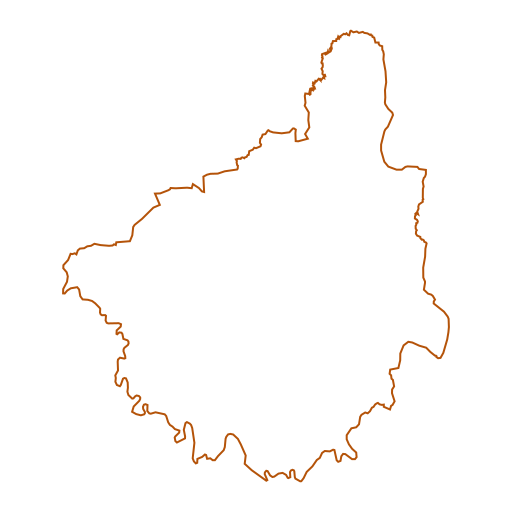 Tham Phannara, Nakhon Si Thammarat, Thailand (Natural Earth projection)
{"feature_id": "78962969B12652914635488", "entity_name": "Tham Phannara", "entity_type": "district", "adm_level": 2, "iso_a3": "THA", "parent_name": "Thailand", "parent_adm1": "Nakhon Si Thammarat", "projection": "natural_earth1", "projection_center": [99.386, 8.47], "detail": "fine", "context": "isolated", "style": "outline", "palette": "amber", "viewbox_px": 512, "rotation_deg": 0, "n_neighbors": 0, "source": "geoboundaries", "source_scale": "gbopen_adm2", "svg_char_len": 5989}
<svg xmlns="http://www.w3.org/2000/svg" viewBox="0 0 512 512"><path d="M362.8,31.9L358.9,32.9L356.8,31.5L353.4,32.3L350.9,30.7L350.3,31.1L349.2,35.3L347.9,35.0L346.5,33.3L345.2,34.3L343.8,33.8L340.4,36.3L340.4,37.0L339.5,36.8L339.3,38.0L338.2,36.5L337.7,38.1L338.2,38.8L336.3,39.2L336.2,41.0L332.9,41.1L332.4,43.3L331.5,43.7L331.4,46.5L330.4,48.0L331.7,48.0L331.8,48.7L331.3,49.6L330.1,50.0L330.9,50.8L330.6,51.4L328.6,52.6L328.0,51.3L327.5,53.4L325.5,54.5L325.2,54.1L326.1,52.7L322.1,54.1L321.9,55.2L322.5,56.2L322.0,57.6L322.8,58.2L321.4,62.5L321.7,63.3L322.6,63.4L322.8,65.7L322.6,67.2L321.5,68.7L322.7,71.2L322.4,73.9L323.4,75.0L324.9,74.8L325.3,76.3L323.9,76.5L324.2,78.2L323.1,77.6L321.2,80.1L320.0,78.8L319.6,79.0L319.9,79.9L318.7,78.8L316.4,81.5L315.4,80.9L314.7,83.2L313.1,82.5L312.9,83.6L313.6,84.5L312.9,85.6L313.9,86.4L313.1,87.9L314.6,87.6L314.9,88.5L314.2,88.5L313.7,89.6L312.8,89.3L312.8,90.1L312.2,89.7L311.6,90.2L311.1,88.4L310.2,88.7L309.4,92.3L310.5,92.3L310.5,94.2L309.8,94.7L309.2,94.0L305.3,93.5L304.8,96.0L305.5,102.8L304.7,105.7L308.8,112.5L308.3,120.1L309.3,127.4L305.1,134.0L307.8,138.7L298.2,141.3L295.7,141.1L295.4,133.1L295.8,129.6L293.9,128.4L292.9,128.5L289.4,132.3L281.7,133.3L273.1,132.4L269.6,131.2L268.5,130.2L267.8,130.5L265.4,134.1L262.6,134.6L261.7,137.3L260.2,139.0L259.9,142.8L261.1,144.6L260.5,146.3L256.0,148.2L254.2,147.7L252.8,149.7L249.2,151.2L248.7,154.9L247.6,155.1L246.6,156.9L244.9,157.4L244.4,158.2L242.6,157.4L241.4,157.7L240.7,158.9L238.8,158.7L235.9,159.4L236.9,161.0L236.6,162.4L237.2,165.2L237.9,165.7L237.7,168.6L237.1,169.5L224.7,171.3L217.8,173.6L210.5,173.8L207.0,174.7L203.4,176.6L204.1,192.0L201.9,191.4L199.0,188.1L192.9,184.1L191.7,188.2L187.1,187.7L175.6,188.3L170.6,188.0L170.0,189.3L168.2,190.3L160.2,193.4L155.0,193.6L159.8,204.9L153.4,207.6L142.0,218.9L134.6,224.9L133.2,227.0L132.3,235.3L129.9,241.2L116.3,242.3L115.8,245.0L114.0,244.3L112.6,245.5L109.1,245.8L100.6,245.1L94.4,243.8L91.0,245.8L87.3,246.3L84.2,248.2L79.9,248.6L77.8,250.4L76.4,254.4L74.8,253.3L72.4,254.1L70.6,253.8L68.1,260.0L63.4,265.2L63.3,268.3L66.7,272.3L67.8,276.4L67.0,281.8L63.2,289.0L63.1,293.4L64.7,293.5L67.3,290.5L70.8,288.3L77.2,287.2L79.1,289.5L80.3,296.2L82.6,299.4L88.0,299.8L92.1,301.0L95.2,303.3L99.6,307.8L100.2,308.8L100.0,312.6L100.7,314.4L101.9,315.2L105.2,315.1L106.0,315.8L105.6,320.5L106.7,322.8L108.2,323.4L118.7,323.2L121.0,324.2L120.7,326.6L116.7,330.4L116.5,333.9L117.2,334.3L119.3,332.4L121.5,332.7L122.4,334.0L123.4,338.9L127.5,340.3L128.4,341.5L128.6,343.4L127.9,345.0L124.4,347.8L123.6,349.3L123.5,351.3L125.2,356.1L125.3,358.2L124.3,358.6L120.0,357.7L118.0,359.5L117.7,361.6L118.0,370.5L115.3,375.4L115.8,378.0L115.4,381.8L116.9,385.0L119.9,386.2L120.8,385.0L123.0,378.7L124.4,378.0L126.0,378.4L127.7,382.5L127.9,387.8L127.4,391.7L128.4,395.0L132.2,398.6L133.4,398.4L135.2,396.3L136.6,395.5L138.9,396.0L140.2,397.4L140.2,398.9L139.3,400.8L133.7,406.5L132.1,411.8L136.2,414.1L140.9,415.3L144.2,414.3L144.9,413.2L144.9,412.0L143.2,409.0L143.0,406.8L143.9,404.7L145.5,404.2L147.5,405.0L147.3,411.0L149.3,413.4L150.8,413.7L155.5,412.3L164.7,414.3L166.2,416.0L168.2,422.3L169.9,424.9L172.5,426.6L174.9,429.1L179.4,430.6L179.2,432.6L175.2,436.5L174.7,437.6L175.4,441.1L176.9,442.5L185.0,438.4L185.1,436.4L183.8,429.8L185.5,423.1L186.9,422.1L189.8,423.6L191.1,425.0L192.2,428.0L194.4,442.8L192.7,458.3L193.9,461.4L195.8,463.4L197.2,462.8L197.4,458.9L202.2,456.9L204.9,454.5L206.1,455.0L207.1,458.8L210.3,458.3L212.7,460.2L214.9,460.2L218.0,456.1L223.7,450.2L224.8,447.1L225.6,438.7L226.3,436.8L228.1,434.4L230.4,433.9L233.2,434.5L237.9,438.9L240.8,444.4L245.7,455.5L244.7,463.8L251.7,470.2L266.3,480.7L267.3,480.1L264.7,474.1L264.9,472.4L266.3,470.8L267.6,471.1L270.1,475.4L272.4,477.0L274.3,476.6L278.5,473.6L282.6,472.9L286.1,474.9L287.7,477.8L288.3,478.1L290.3,477.2L290.0,472.1L290.9,470.5L292.4,469.8L293.8,470.3L294.3,471.3L294.8,477.0L295.4,478.6L300.2,481.3L301.3,481.2L303.6,478.2L306.7,471.9L312.4,466.4L316.8,460.0L319.8,457.9L322.1,452.9L324.8,451.0L329.8,451.4L333.1,449.7L334.4,450.0L336.7,460.3L338.2,461.8L340.5,460.9L341.3,456.3L343.1,453.9L345.3,454.1L352.0,459.1L355.0,459.1L356.6,457.1L356.2,452.5L352.1,448.8L348.9,444.3L346.7,439.3L346.7,435.2L351.4,428.3L356.2,427.3L359.0,424.3L360.2,416.8L361.5,414.8L365.2,412.5L367.7,413.3L370.0,411.2L371.9,407.7L373.5,406.9L375.2,404.4L376.9,403.3L377.9,402.9L379.5,404.3L381.8,404.9L383.8,404.6L383.8,406.8L390.0,409.5L391.1,405.8L392.5,405.0L394.6,401.3L392.0,393.2L392.1,389.5L394.1,386.4L392.9,379.9L391.5,378.7L391.1,375.3L389.6,373.8L390.2,369.6L398.4,368.0L400.2,360.3L400.3,353.5L403.6,345.4L408.3,341.8L412.3,342.5L419.3,345.7L426.2,347.7L430.3,351.9L435.0,355.7L435.9,355.7L436.5,356.2L436.4,357.0L438.1,358.2L440.5,357.9L443.3,352.9L447.2,339.5L448.4,332.3L448.9,327.1L448.6,318.8L447.7,316.6L444.0,311.7L433.7,303.5L433.8,301.4L435.0,299.6L432.8,295.9L431.2,294.6L428.1,293.7L423.9,289.7L425.0,282.9L425.0,281.5L423.3,277.6L423.2,267.6L425.1,256.7L425.4,248.7L426.6,243.4L426.1,242.6L424.3,241.8L423.8,240.3L422.6,239.5L421.8,239.7L420.4,238.2L420.3,236.9L417.1,235.6L415.9,233.7L416.1,231.2L416.8,230.2L415.7,228.7L415.6,225.9L416.3,224.7L416.2,223.2L417.4,222.8L417.8,221.3L417.0,219.8L414.9,218.5L415.0,216.2L415.8,215.2L415.3,213.9L416.1,213.1L418.1,214.3L417.2,211.7L418.5,208.8L418.3,206.6L419.0,204.4L422.8,201.8L422.6,199.8L423.3,199.2L422.8,197.9L422.9,188.9L423.6,186.5L422.7,181.7L423.8,178.0L425.0,176.7L425.9,174.2L425.9,169.9L419.1,169.0L417.4,166.9L407.6,166.4L405.4,166.9L401.8,169.7L396.6,169.7L388.3,166.6L384.3,161.7L381.1,150.5L381.1,144.6L384.4,131.4L385.3,129.5L387.9,126.7L393.0,115.0L392.3,112.7L388.3,108.9L385.3,104.3L384.9,102.5L385.3,97.5L385.0,90.1L386.2,82.3L385.5,71.3L383.4,59.4L383.8,54.3L383.2,51.3L382.3,49.8L382.2,46.2L379.8,45.5L378.8,44.2L378.6,42.5L375.4,42.5L374.2,37.6L372.5,36.9L372.3,35.6L371.3,35.4L370.8,34.5L370.0,34.9L367.5,33.4L364.3,32.9L362.8,31.9Z" fill="none" stroke="#b45309" stroke-width="2"/></svg>